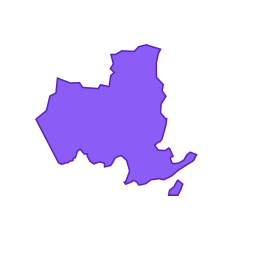 outline of Talbot, United States of America, rotated 230°
{"feature_id": "52423323B33050228676147", "entity_name": "Talbot", "entity_type": "district", "adm_level": 2, "iso_a3": "USA", "parent_name": "United States of America", "parent_adm1": "", "projection": "robinson", "projection_center": [-76.178, 38.758], "detail": "fine", "context": "isolated", "style": "filled", "palette": "violet", "viewbox_px": 256, "rotation_deg": 230, "n_neighbors": 0, "source": "geoboundaries", "source_scale": "gbopen_adm2", "svg_char_len": 1523}
<svg xmlns="http://www.w3.org/2000/svg" viewBox="0 0 256 256"><g transform="rotate(230 128 128)"><path d="M110.5,90.5L110.6,91.2L111.1,93.3L113.3,99.1L112.5,102.3L111.2,104.8L110.9,105.3L103.9,106.1L103.3,105.8L95.0,102.1L93.5,100.8L88.4,91.8L88.9,90.2L86.4,90.1L84.2,96.7L84.5,98.4L80.8,100.0L77.7,99.6L76.7,100.5L74.0,105.7L73.6,112.4L69.0,119.5L65.4,122.1L63.2,130.7L63.4,139.4L60.9,157.3L63.5,163.4L69.5,160.1L69.6,156.0L67.6,150.2L68.4,144.5L68.9,143.8L71.6,139.7L72.7,139.3L77.1,140.6L78.3,141.9L77.2,143.9L77.4,144.4L85.3,146.6L86.4,146.4L86.9,141.8L91.8,137.0L91.9,136.9L97.4,137.3L97.9,141.8L97.0,143.7L97.2,144.8L97.4,146.5L106.0,159.1L110.2,163.6L111.4,162.8L118.6,162.6L125.1,168.8L127.9,177.4L134.5,178.0L138.6,182.9L148.6,182.4L159.5,191.4L165.5,198.9L165.5,199.0L167.4,203.6L180.0,195.4L183.4,188.3L182.6,182.1L191.1,172.8L192.3,165.7L195.3,162.2L186.5,158.0L184.8,152.6L179.4,153.1L179.3,148.5L174.5,143.2L172.0,140.1L178.8,134.7L177.3,130.6L188.2,119.3L193.9,119.9L199.5,112.7L207.0,108.5L211.6,106.1L201.1,95.3L202.7,88.9L193.8,76.7L193.9,63.1L146.0,52.4L143.2,53.7L143.1,54.3L142.4,54.7L141.8,56.1L141.6,57.1L140.9,58.4L140.0,59.7L139.9,61.2L140.1,62.1L139.5,63.1L138.8,63.9L138.5,64.9L139.8,66.0L139.2,68.7L142.8,74.5L142.5,77.7L136.1,77.8L134.3,80.3L133.0,78.8L127.0,77.5L122.4,78.8L120.3,84.5L116.2,87.3L113.3,85.0L110.5,90.5ZM44.4,123.0L46.8,128.5L49.8,133.9L55.8,132.8L56.1,132.1L53.3,125.1L53.6,120.7L53.6,119.8L50.4,115.9L44.4,123.0Z" fill="#8b5cf6" stroke="#5b21b6" stroke-width="1.5"/></g></svg>